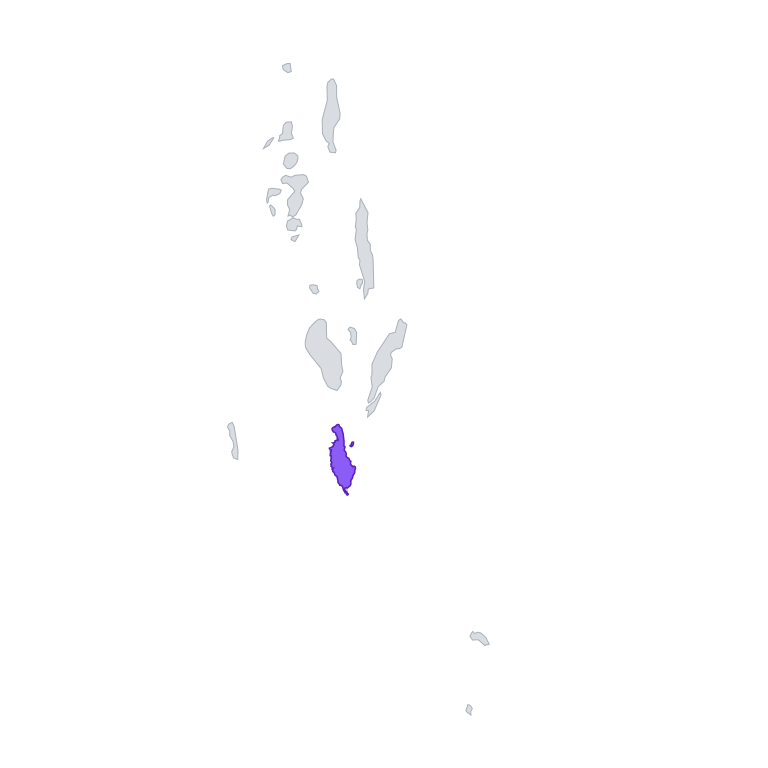 Makira on a map of Solomon Islands (Robinson projection), rotated 49°
{"feature_id": "SLB-3509", "entity_name": "Makira", "entity_type": "Province", "adm_level": 1, "iso_a3": "SLB", "parent_name": "Solomon Islands", "parent_adm1": "", "projection": "robinson", "projection_center": [161.795, -10.523], "detail": "fine", "context": "in_parent", "style": "filled", "palette": "violet", "viewbox_px": 768, "rotation_deg": 49, "n_neighbors": 0, "source": "natural_earth", "source_scale": "10m", "svg_char_len": 6330}
<svg xmlns="http://www.w3.org/2000/svg" viewBox="0 0 768 768"><g transform="rotate(49 384 384)"><path d="M299.8,387.2L311.8,397.2L317.0,396.3L332.8,396.5L342.1,403.6L347.6,406.8L350.7,413.2L354.5,414.7L356.8,417.9L358.1,423.8L352.4,427.0L348.9,427.9L339.7,425.8L331.0,421.3L313.6,420.7L305.5,419.4L302.7,417.7L300.1,415.4L296.0,409.8L292.8,403.3L292.3,399.5L292.0,392.3L293.0,389.6L296.3,387.0L299.8,387.2ZM354.3,327.8L367.9,346.3L367.3,349.5L365.5,351.6L364.9,357.9L366.7,360.2L370.4,361.3L376.7,367.9L379.4,378.5L382.0,382.2L382.1,390.0L388.1,400.7L388.6,405.9L388.1,408.2L385.6,406.9L378.4,394.7L370.3,389.4L369.3,387.2L361.1,380.0L355.5,368.1L349.6,346.8L352.4,341.7L345.6,331.4L345.9,328.6L350.8,329.1L351.7,327.9L354.3,327.8ZM305.1,337.0L306.9,342.9L299.5,337.7L294.0,331.3L278.1,324.4L274.7,320.9L271.8,320.5L263.7,314.7L255.7,310.8L249.5,303.7L246.6,302.5L241.6,297.0L236.7,293.3L235.0,286.7L230.2,282.1L229.0,280.0L244.2,283.7L251.2,291.1L257.2,295.2L259.3,298.2L264.7,302.3L269.5,302.7L274.4,306.8L278.8,307.9L282.3,310.1L304.8,328.6L302.1,333.5L305.1,337.0ZM407.0,456.4L413.9,460.0L417.9,459.4L423.8,461.9L428.3,460.5L431.1,463.7L438.2,476.4L438.2,480.5L442.9,483.4L439.0,484.0L433.5,482.5L429.3,483.5L424.9,481.0L417.4,479.8L410.9,476.8L397.4,467.5L397.4,462.8L395.3,460.5L394.6,454.8L389.7,452.9L384.1,452.6L383.6,449.9L384.6,445.0L388.9,445.1L394.0,447.1L407.0,456.4ZM176.0,266.7L177.7,268.9L173.5,272.7L167.9,270.6L166.6,267.4L162.7,268.2L154.9,266.3L144.1,257.4L132.7,240.7L121.7,231.5L119.6,228.6L119.3,223.8L120.8,222.0L127.6,224.0L136.5,231.6L151.0,239.6L154.9,243.6L157.5,253.3L159.9,256.2L167.7,263.7L176.0,266.7ZM191.2,323.3L194.7,328.4L198.6,339.7L197.9,343.6L195.1,343.8L194.3,346.3L190.5,340.8L185.4,339.3L181.7,335.9L180.0,325.0L177.1,324.3L168.7,325.4L166.1,329.0L162.2,327.8L161.4,324.6L162.0,321.4L167.1,318.3L168.1,314.3L173.2,307.3L176.3,306.2L182.2,308.7L183.0,318.5L185.1,321.7L191.2,323.3ZM345.0,543.9L341.2,546.0L337.8,544.9L335.1,543.3L333.0,538.5L328.4,535.6L321.8,534.3L318.4,531.3L313.8,530.3L312.5,527.8L312.9,525.1L313.6,523.7L317.8,525.0L338.1,537.6L345.0,543.9ZM132.4,303.5L131.4,304.4L129.6,301.0L128.2,300.0L128.3,296.2L122.7,290.2L122.3,286.0L125.4,281.9L129.8,284.3L134.0,289.4L139.0,291.1L138.0,294.5L133.5,300.7L132.4,303.5ZM160.0,313.4L157.7,315.9L151.8,315.6L147.2,309.2L147.3,304.4L150.8,300.1L155.1,299.3L157.4,301.0L159.7,304.6L160.5,309.3L160.0,313.4ZM210.1,350.7L204.7,355.6L200.8,354.0L197.6,349.8L199.2,343.4L202.4,342.0L204.1,339.8L209.9,341.6L211.4,342.8L207.9,345.9L209.9,348.4L210.1,350.7ZM647.8,479.4L638.8,480.7L635.3,485.2L630.7,484.7L629.2,481.0L629.1,479.3L631.6,479.5L632.9,476.0L635.6,474.2L641.9,473.4L649.4,475.3L647.6,478.6L647.8,479.4ZM397.9,409.1L398.2,418.1L394.1,413.2L392.1,414.9L390.4,412.6L390.8,402.2L387.9,392.2L390.2,393.2L397.9,409.1ZM170.9,352.5L170.9,353.5L167.8,351.7L161.2,343.3L162.4,340.5L168.4,335.1L170.3,334.4L172.0,337.8L170.5,342.7L168.5,344.0L167.8,348.6L170.9,352.5ZM322.6,370.0L327.2,370.8L335.7,379.0L333.7,381.6L329.8,380.3L328.5,380.8L327.2,378.0L323.0,375.5L319.2,375.3L318.7,372.4L322.6,370.0ZM269.1,378.0L262.7,377.1L260.8,375.0L263.1,371.9L265.9,369.9L268.4,371.7L271.3,372.2L271.6,376.1L269.1,378.0ZM86.0,252.3L80.5,253.8L77.1,251.8L78.6,247.0L80.4,244.6L87.3,248.9L86.0,252.3ZM296.3,339.8L293.7,340.6L289.9,338.4L288.2,336.3L289.0,333.1L291.2,331.8L293.8,334.0L294.1,336.2L296.3,339.8ZM690.9,535.6L686.1,536.6L684.2,536.4L681.0,531.0L683.4,529.8L686.9,530.3L688.0,533.4L690.9,535.6ZM184.9,355.4L184.7,357.5L181.6,356.9L174.6,353.6L174.4,352.1L178.4,351.5L181.2,351.9L184.9,355.4ZM128.4,314.3L127.2,320.5L124.4,312.8L125.0,306.5L126.0,305.7L128.4,314.3ZM218.1,357.7L214.0,359.5L212.7,357.0L215.7,350.4L218.1,357.7Z" fill="#d9dde1" stroke="#a8b0b8" stroke-width="1"/><path d="M443.0,483.4L443.6,483.1L443.9,483.6L443.9,484.4L443.2,484.8L442.4,484.6L441.8,484.4L441.1,484.3L440.4,484.8L440.0,484.5L439.4,484.4L438.5,484.3L437.7,484.2L433.8,482.5L432.6,482.7L431.4,483.9L430.8,483.5L430.1,483.4L428.6,483.4L428.1,483.3L427.7,483.0L427.3,482.6L426.9,482.2L424.5,481.1L423.6,480.3L423.2,480.1L422.5,480.2L420.9,480.8L420.4,480.7L419.9,480.4L417.6,479.6L417.4,479.9L416.7,480.1L416.3,480.0L415.7,479.3L415.5,479.2L415.0,479.0L414.6,478.6L414.2,477.5L413.9,478.4L413.9,478.8L412.7,477.8L412.0,477.6L411.2,477.9L411.1,477.6L410.7,477.0L410.5,476.7L410.0,476.9L409.5,476.5L409.3,475.9L409.4,475.4L408.9,474.7L408.2,474.6L407.5,474.8L406.8,474.5L406.4,474.0L406.2,473.3L405.9,472.7L405.1,472.4L404.8,472.0L404.1,471.3L403.3,470.7L403.0,470.9L402.7,471.5L402.2,471.1L401.1,469.9L401.2,469.4L400.9,469.0L400.5,468.8L400.0,468.6L400.1,468.1L400.0,467.7L399.7,467.3L399.3,466.9L398.8,467.5L398.2,467.7L397.4,467.6L396.6,467.4L397.8,463.5L397.2,463.1L397.1,462.5L397.1,461.8L396.8,461.2L396.5,461.1L395.4,461.3L394.8,461.4L395.3,460.7L395.7,459.6L395.7,458.8L394.8,458.4L395.3,456.9L395.7,456.1L396.1,455.8L396.4,455.7L396.3,455.4L395.9,455.0L395.6,454.9L394.7,455.0L394.4,455.0L394.0,454.7L393.8,454.2L393.4,453.9L392.7,453.7L391.2,453.7L390.6,453.5L390.3,453.1L390.0,452.8L389.2,452.8L388.1,452.9L387.7,453.1L387.5,453.3L387.2,453.6L386.8,453.7L386.4,453.7L386.0,453.4L384.6,453.2L384.0,452.9L383.6,452.4L383.3,451.5L383.8,450.2L383.6,449.5L383.8,449.2L384.0,449.0L384.1,448.8L384.4,448.7L384.0,447.7L383.9,446.4L384.4,445.2L385.4,444.8L385.7,445.0L386.0,445.1L386.3,445.3L386.6,445.6L389.6,445.0L395.4,447.9L401.3,452.0L404.5,455.0L405.5,454.5L406.2,455.0L407.3,456.9L408.1,457.5L409.0,457.6L409.8,457.5L410.5,457.6L411.2,457.9L412.8,459.0L413.1,459.5L413.6,460.1L414.8,460.1L416.0,459.8L416.8,459.3L418.9,460.0L419.8,460.1L420.6,459.7L421.0,460.2L421.9,461.3L422.4,461.8L423.1,462.0L424.8,461.8L425.8,462.0L426.0,461.9L426.3,460.6L426.7,460.2L427.1,460.1L427.7,460.1L428.8,460.7L430.2,463.0L430.8,463.5L431.4,463.9L431.9,464.9L433.0,468.2L433.3,468.6L433.7,469.0L434.0,469.1L434.3,469.4L434.6,471.4L435.0,472.3L435.7,473.1L437.7,474.5L438.2,475.3L438.5,476.3L438.5,479.8L438.3,480.1L438.0,480.2L437.6,480.5L437.2,480.9L437.0,481.3L437.4,482.9L439.1,483.2L441.3,483.1L443.0,483.4ZM408.4,449.3L408.7,448.7L408.5,448.4L408.1,448.3L407.9,448.2L407.1,446.7L407.1,445.9L407.9,445.2L409.1,446.3L410.0,448.0L410.0,449.6L408.8,450.3L408.4,450.2L408.2,450.0L408.2,449.7L408.4,449.3Z" fill="#8b5cf6" stroke="#5b21b6" stroke-width="1.5"/></g></svg>